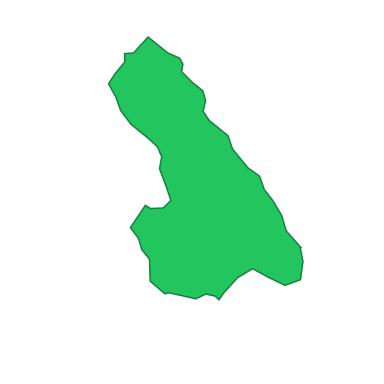 outline of Lund, Skåne, Sweden, rotated 39°
{"feature_id": "70781695B29606605667306", "entity_name": "Lund", "entity_type": "district", "adm_level": 2, "iso_a3": "SWE", "parent_name": "Sweden", "parent_adm1": "Skåne", "projection": "equal_earth", "projection_center": [13.388, 55.685], "detail": "fine", "context": "isolated", "style": "filled", "palette": "green", "viewbox_px": 384, "rotation_deg": 39, "n_neighbors": 0, "source": "geoboundaries", "source_scale": "gbopen_adm2", "svg_char_len": 886}
<svg xmlns="http://www.w3.org/2000/svg" viewBox="0 0 384 384"><g transform="rotate(39 192 192)"><path d="M52.5,126.9L57.9,133.1L57.8,148.8L58.5,155.7L59.0,160.4L73.3,166.2L85.3,173.6L102.0,177.8L123.5,177.8L136.7,178.6L146.2,183.6L152.2,194.4L167.7,203.5L180.9,211.8L179.7,222.6L170.1,231.0L164.1,231.8L164.2,232.2L165.3,244.3L166.5,258.4L179.7,261.8L189.2,268.4L201.2,270.9L208.4,279.3L215.6,287.6L235.1,288.2L237.1,285.1L250.3,278.4L262.2,272.6L267.0,262.6L275.4,258.4L280.8,258.7L280.2,250.1L281.3,230.1L287.3,213.5L305.2,210.2L323.1,206.0L331.5,191.9L321.9,176.1L311.1,167.0L311.4,166.6L289.6,162.9L276.4,153.8L260.9,148.0L246.6,144.6L234.6,137.2L220.3,138.0L196.4,133.1L184.5,125.6L160.6,125.6L149.8,122.3L145.1,112.4L136.7,106.6L122.4,106.6L108.1,105.0L104.5,98.4L98.2,95.8L85.4,99.2L60.3,99.2L59.1,120.7L52.5,126.9Z" fill="#22c55e" stroke="#15803d" stroke-width="1.5"/></g></svg>